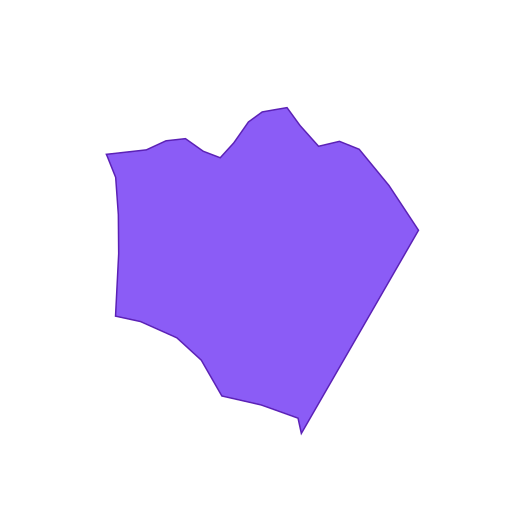 the district of Geumjeong-gu, Busan, South Korea, rotated 144°
{"feature_id": "91817680B87761816793360", "entity_name": "Geumjeong-gu", "entity_type": "district", "adm_level": 2, "iso_a3": "KOR", "parent_name": "South Korea", "parent_adm1": "Busan", "projection": "robinson", "projection_center": [129.093, 35.254], "detail": "fine", "context": "isolated", "style": "filled", "palette": "violet", "viewbox_px": 512, "rotation_deg": 144, "n_neighbors": 0, "source": "geoboundaries", "source_scale": "gbopen_adm2", "svg_char_len": 529}
<svg xmlns="http://www.w3.org/2000/svg" viewBox="0 0 512 512"><g transform="rotate(144 256 256)"><path d="M323.6,85.8L109.4,181.3L107.0,234.7L109.8,281.7L121.1,299.7L140.9,308.0L143.7,335.7L143.7,357.8L154.2,363.0L166.3,368.9L183.3,368.9L207.4,360.6L227.2,356.5L237.1,371.7L244.1,392.4L261.1,402.1L282.3,406.3L317.3,426.2L317.7,424.3L323.3,402.1L343.1,370.3L365.8,338.5L405.0,289.9L388.0,270.9L368.1,236.3L361.5,203.9L365.9,162.8L339.4,132.5L317.3,100.1L323.6,85.8Z" fill="#8b5cf6" stroke="#5b21b6" stroke-width="1.5"/></g></svg>